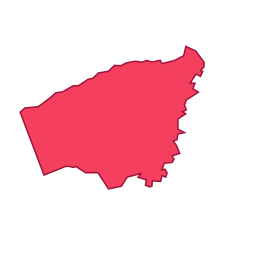 outline of Calhoun, Arkansas, United States of America, rotated 247°
{"feature_id": "52423323B83504400209000", "entity_name": "Calhoun", "entity_type": "district", "adm_level": 2, "iso_a3": "USA", "parent_name": "United States of America", "parent_adm1": "Arkansas", "projection": "equal_earth", "projection_center": [-92.533, 33.536], "detail": "fine", "context": "isolated", "style": "filled", "palette": "rose", "viewbox_px": 256, "rotation_deg": 247, "n_neighbors": 0, "source": "geoboundaries", "source_scale": "gbopen_adm2", "svg_char_len": 1040}
<svg xmlns="http://www.w3.org/2000/svg" viewBox="0 0 256 256"><g transform="rotate(247 128 128)"><path d="M184.7,34.9L117.5,32.3L117.0,55.9L115.7,58.8L113.0,62.4L113.0,65.0L103.4,71.5L98.6,82.9L79.5,86.3L77.0,99.2L83.1,108.1L81.1,122.0L78.6,118.0L73.3,124.6L68.4,121.7L65.3,125.0L65.1,127.3L69.9,129.7L66.0,137.2L70.8,140.6L68.1,143.6L71.5,146.5L75.7,145.9L76.0,142.7L81.4,147.5L79.1,155.2L81.3,158.2L85.1,157.6L84.4,165.6L92.5,165.8L98.5,164.6L98.0,168.6L103.0,171.4L101.7,178.2L107.5,173.5L116.8,177.5L118.5,186.7L121.7,184.6L121.8,188.6L127.1,189.0L131.0,192.6L133.5,206.8L138.8,203.1L143.0,207.2L145.1,202.8L151.0,211.7L147.2,214.9L150.8,218.8L152.5,217.2L154.7,221.8L158.6,223.7L172.3,220.5L180.5,213.2L172.8,207.5L172.0,197.4L173.9,184.5L177.9,184.1L179.1,176.2L182.9,171.6L183.1,166.6L186.5,161.1L188.6,152.0L188.1,145.7L190.9,140.1L187.9,132.1L190.2,122.3L187.5,114.9L188.4,110.3L186.3,98.8L188.3,94.1L186.8,81.7L188.6,75.4L185.7,66.2L182.7,53.6L186.7,41.1L184.7,34.9Z" fill="#f43f5e" stroke="#9f1239" stroke-width="1.5"/></g></svg>